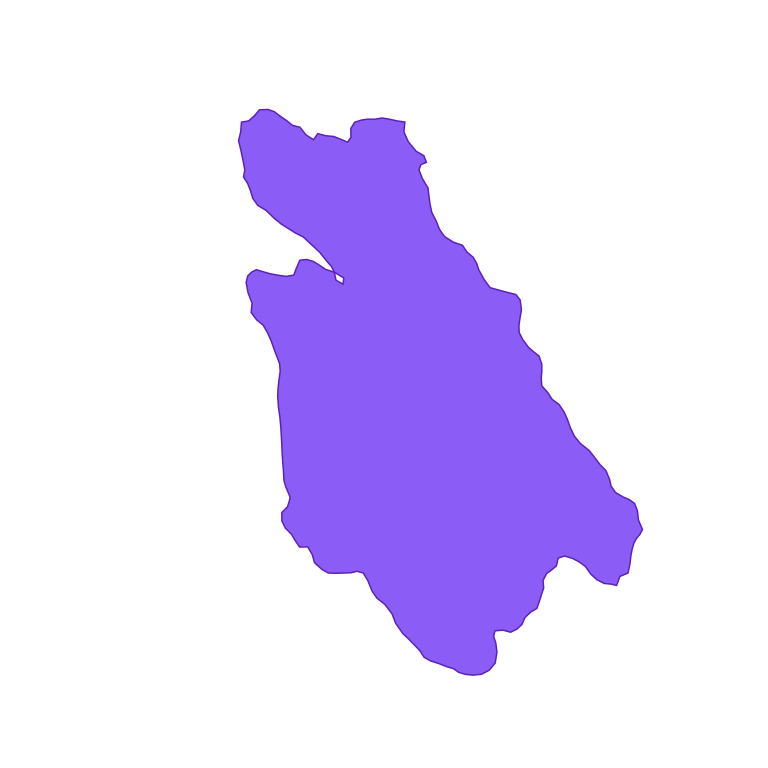 Felício dos Santos, Minas Gerais, Brazil, rotated 148°
{"feature_id": "56859067B15462211788093", "entity_name": "Felício dos Santos", "entity_type": "district", "adm_level": 2, "iso_a3": "BRA", "parent_name": "Brazil", "parent_adm1": "Minas Gerais", "projection": "equal_earth", "projection_center": [-43.242, -18.147], "detail": "fine", "context": "isolated", "style": "filled", "palette": "violet", "viewbox_px": 768, "rotation_deg": 148, "n_neighbors": 0, "source": "geoboundaries", "source_scale": "gbopen_adm2", "svg_char_len": 2896}
<svg xmlns="http://www.w3.org/2000/svg" viewBox="0 0 768 768"><g transform="rotate(148 384 384)"><path d="M307.5,631.4L314.3,628.5L318.1,636.5L319.2,646.2L324.6,651.9L326.9,658.7L330.1,666.2L332.8,673.2L336.9,678.3L344.3,682.5L351.6,680.2L359.3,678.8L366.1,681.6L371.8,673.9L378.4,667.4L381.7,657.5L385.2,647.9L388.7,639.2L393.4,634.0L393.4,626.0L394.8,618.7L396.9,611.0L396.4,602.3L392.0,593.7L389.2,582.4L386.5,574.4L383.3,567.7L378.9,558.6L374.6,551.6L372.0,542.0L368.8,530.0L367.5,519.0L366.3,511.8L366.9,505.1L372.9,512.3L376.2,519.8L378.9,525.3L383.5,530.5L389.8,533.6L395.6,529.6L402.8,524.2L409.8,527.0L416.0,532.2L422.3,538.0L427.7,544.0L431.7,548.6L437.0,549.0L442.2,547.9L447.1,543.2L450.9,533.6L453.1,522.3L458.8,515.0L458.0,505.8L455.3,498.1L455.6,489.4L456.6,481.4L458.5,472.9L460.2,464.4L461.8,456.4L465.3,449.8L471.4,442.5L476.6,435.8L480.6,430.0L485.9,420.1L489.7,411.4L494.0,402.8L498.1,395.3L502.4,387.4L506.8,379.7L510.9,372.1L515.1,364.0L520.0,355.1L521.8,348.7L523.7,337.3L530.8,331.0L538.7,329.2L543.2,321.9L544.0,313.9L542.1,305.5L542.3,298.7L542.0,290.5L535.0,286.3L535.2,277.6L537.6,269.2L535.0,260.0L531.5,253.3L524.9,248.9L517.4,244.5L511.8,241.3L506.1,239.5L501.7,234.6L501.9,225.9L503.8,214.8L503.5,206.1L500.0,196.5L499.0,184.8L500.9,174.9L500.3,162.5L498.1,153.9L496.5,146.6L494.9,138.9L494.8,130.9L491.3,124.6L485.3,117.4L480.4,110.8L476.0,105.9L473.4,99.8L468.9,94.7L462.6,89.8L455.1,86.2L446.4,85.5L437.6,88.4L430.2,96.9L426.4,105.2L424.8,111.8L420.7,115.9L413.6,112.2L408.1,106.4L401.1,105.7L394.2,107.1L388.4,111.2L380.3,112.9L373.2,112.7L366.9,117.8L361.0,122.8L356.6,126.5L353.2,133.2L346.4,137.1L340.1,137.5L334.2,138.4L328.5,144.1L322.0,142.4L316.7,136.4L312.6,129.5L310.0,122.8L309.3,112.9L307.2,105.2L303.0,98.2L297.4,93.9L293.5,89.9L285.9,95.8L277.2,94.4L270.4,101.5L265.4,107.8L260.8,112.7L256.7,116.4L251.8,119.2L246.6,120.9L241.9,123.6L240.3,133.8L236.3,142.2L234.8,149.9L237.4,156.2L241.2,161.6L245.2,169.5L245.5,177.2L243.3,183.4L241.7,192.8L243.6,201.6L244.2,208.9L245.2,218.6L249.1,229.9L250.2,239.0L249.1,248.2L247.1,257.5L246.1,265.0L246.4,273.9L249.6,282.0L249.6,289.6L251.2,298.9L247.5,305.7L243.3,311.3L239.6,317.4L237.7,325.6L240.0,331.9L242.0,338.4L242.8,347.9L242.1,356.0L238.7,361.9L233.6,368.0L228.0,374.3L224.0,383.1L224.8,390.1L229.7,395.1L236.0,401.8L243.0,409.5L243.7,420.1L243.1,430.7L241.5,437.2L241.2,444.2L243.7,451.7L244.0,460.1L250.2,467.8L254.5,476.9L255.0,485.6L253.4,494.5L252.6,503.9L249.6,512.3L246.3,519.5L242.8,527.0L242.6,537.6L240.9,546.9L236.6,550.5L230.6,549.5L229.2,556.4L233.4,564.4L235.0,576.6L233.6,587.1L227.5,595.1L233.6,600.3L239.7,606.3L244.8,610.7L251.3,613.3L257.6,617.3L263.3,619.8L270.1,621.5L276.7,618.3L281.3,610.7L286.8,608.4L290.3,613.5L295.4,620.5L301.7,625.3L307.5,631.4ZM366.9,505.1L361.9,495.2L365.9,490.4L369.7,497.5L366.9,505.1Z" fill="#8b5cf6" stroke="#5b21b6" stroke-width="1.5"/></g></svg>